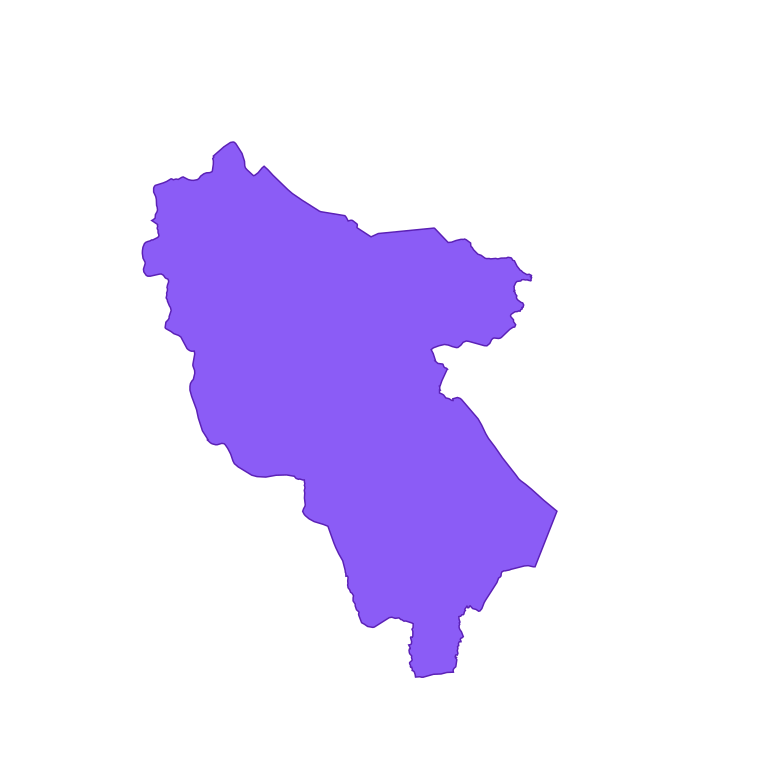 the district of Gnagna, Gnagna, Burkina Faso, rotated 331°
{"feature_id": "67063806B53557788130503", "entity_name": "Gnagna", "entity_type": "district", "adm_level": 2, "iso_a3": "BFA", "parent_name": "Burkina Faso", "parent_adm1": "Gnagna", "projection": "natural_earth1", "projection_center": [0.002, 12.916], "detail": "fine", "context": "isolated", "style": "filled", "palette": "violet", "viewbox_px": 768, "rotation_deg": 331, "n_neighbors": 0, "source": "geoboundaries", "source_scale": "gbopen_adm2", "svg_char_len": 6166}
<svg xmlns="http://www.w3.org/2000/svg" viewBox="0 0 768 768"><g transform="rotate(331 384 384)"><path d="M260.1,128.4L263.3,134.7L262.7,135.5L262.3,136.7L261.2,137.6L260.9,138.7L261.0,139.7L259.6,142.4L259.7,143.0L259.1,145.1L258.2,145.8L256.8,146.1L251.7,145.9L250.5,145.3L248.8,145.4L246.3,144.8L244.2,144.6L242.5,145.1L239.5,147.5L237.4,150.2L236.0,152.5L234.2,157.2L234.1,161.5L233.5,162.9L229.3,166.9L228.3,169.5L228.7,173.7L229.6,175.1L231.9,176.4L241.1,179.1L242.6,179.9L243.8,182.0L244.1,184.9L244.6,186.0L245.8,187.3L245.8,188.2L245.6,189.3L245.0,190.4L242.6,192.5L240.9,194.5L240.8,195.7L239.7,197.5L238.0,199.0L237.2,200.8L235.2,203.1L235.3,205.4L234.8,206.3L234.2,211.5L234.3,213.5L233.5,216.5L228.8,220.8L228.0,222.2L226.5,223.1L223.2,224.2L220.0,228.4L219.9,229.3L220.3,230.2L223.1,234.7L224.6,238.1L227.9,241.9L229.1,244.4L228.9,257.5L229.5,259.2L230.5,260.9L231.7,262.1L234.0,263.3L233.0,266.0L226.5,274.0L225.7,275.4L224.9,280.4L223.6,283.0L219.4,287.6L217.5,288.2L215.0,289.7L213.2,291.9L211.3,295.3L209.8,301.4L207.6,315.6L205.1,323.8L202.5,336.9L203.1,347.4L202.4,347.4L203.7,351.4L204.7,353.0L207.4,355.6L208.8,356.3L213.4,357.3L215.3,358.8L215.7,360.3L216.1,364.4L216.0,368.8L215.9,371.1L214.6,378.1L214.5,381.1L216.3,385.9L224.1,399.6L228.0,403.4L235.5,408.1L245.4,411.5L254.7,416.3L260.8,421.2L261.3,423.9L263.0,425.9L264.2,426.2L266.6,428.7L267.8,429.3L266.9,431.1L266.5,432.7L265.1,434.2L265.2,434.7L264.5,436.6L262.7,438.4L261.8,441.0L259.1,445.2L256.6,451.4L255.6,452.6L253.2,454.1L251.1,456.0L251.0,459.4L251.4,461.2L253.1,465.6L256.2,470.5L262.8,477.3L266.0,481.2L263.1,498.7L262.5,503.7L262.1,510.7L262.2,518.6L259.8,527.8L258.8,530.3L258.9,530.9L257.5,533.7L258.9,534.3L258.8,535.8L256.8,538.6L255.7,541.1L254.7,542.2L254.3,543.7L254.0,544.1L253.8,545.1L254.2,547.2L253.8,549.9L254.6,551.5L254.7,554.4L253.4,555.9L251.8,558.7L252.1,562.5L251.2,564.2L250.5,568.1L251.5,571.1L251.4,571.7L250.2,572.9L249.8,574.2L248.7,581.9L250.5,584.8L252.1,588.1L256.3,591.5L257.8,591.9L275.3,590.9L277.8,591.8L280.2,594.4L283.7,595.8L284.6,598.3L285.2,598.6L286.4,601.0L288.3,602.0L292.4,606.4L293.3,607.8L291.3,611.2L289.6,612.0L289.3,614.4L287.1,618.3L286.0,619.2L284.9,618.3L284.2,618.8L283.3,622.7L282.0,624.5L280.8,624.8L279.1,624.2L279.0,627.5L278.6,628.3L277.9,628.0L276.8,629.0L275.9,631.3L275.7,632.4L276.4,635.2L275.4,636.6L274.9,638.9L274.2,639.4L271.4,640.0L270.8,641.1L270.8,642.9L270.0,644.1L270.1,644.8L270.9,645.1L270.4,647.4L269.7,648.2L270.6,649.3L270.9,650.5L270.2,654.1L269.9,654.3L269.5,655.6L273.4,657.4L274.5,658.5L276.0,659.4L286.6,661.9L293.4,665.3L299.2,666.8L305.0,669.7L305.5,668.2L306.3,667.2L307.8,666.5L309.7,666.1L311.1,664.3L313.9,660.6L314.1,660.1L313.8,658.3L314.8,658.2L314.1,657.0L315.2,655.9L315.8,655.9L316.7,656.6L318.1,655.4L318.8,652.8L320.5,651.0L320.9,649.5L321.6,649.1L322.5,649.1L323.4,646.9L325.0,645.9L326.3,646.8L326.6,646.5L326.9,644.3L327.7,643.7L329.5,643.8L330.9,643.4L331.6,638.3L331.3,635.3L331.6,633.6L332.4,631.9L333.7,630.9L334.0,629.4L335.0,629.1L335.7,625.8L336.7,623.7L338.6,624.3L340.0,623.6L341.6,624.2L342.2,624.0L344.2,621.9L345.4,621.6L345.4,620.2L348.8,618.6L348.9,620.5L349.9,620.7L350.9,619.8L351.8,619.8L352.7,623.4L355.2,625.8L356.6,628.6L357.9,629.0L360.7,627.9L365.6,623.8L368.1,622.3L386.5,612.4L390.1,609.3L391.8,609.2L393.3,608.6L394.8,606.4L396.0,605.5L398.2,605.5L399.2,606.1L404.0,607.6L404.6,607.5L418.6,611.2L422.1,612.8L426.0,616.3L427.5,617.1L473.6,579.1L467.4,563.3L461.9,547.3L459.2,540.4L456.7,534.9L455.8,532.2L455.3,527.9L451.8,506.0L450.5,492.7L449.0,482.2L448.9,476.5L449.5,467.2L449.4,460.1L444.3,435.2L443.6,433.5L441.7,431.4L437.0,430.3L436.4,431.9L435.4,431.3L433.7,428.3L431.3,426.1L430.8,422.5L429.9,420.9L428.2,418.8L429.7,416.1L430.2,416.5L430.3,415.5L431.3,413.6L431.4,412.7L432.1,412.9L436.2,409.2L446.2,401.9L446.7,401.9L446.3,400.5L445.2,399.4L444.7,397.9L445.1,395.5L445.0,395.0L441.1,392.1L439.9,388.6L440.3,388.7L441.8,381.2L441.9,376.8L444.8,376.3L450.6,377.2L456.0,378.7L459.1,381.1L461.9,384.4L465.0,387.3L466.4,387.9L470.1,387.3L473.4,385.9L476.8,386.3L478.9,387.9L490.3,399.1L492.5,400.5L496.2,399.8L499.6,397.4L501.6,396.9L502.9,397.3L506.2,399.7L507.7,400.2L509.2,400.2L520.5,397.2L524.6,396.9L525.1,397.3L526.0,397.5L527.9,396.0L527.5,392.3L528.4,390.6L527.5,386.4L527.7,385.7L528.9,384.7L533.5,384.3L535.7,385.3L537.2,385.4L538.3,386.3L539.7,385.2L540.9,385.4L541.5,385.0L541.8,384.0L542.8,384.3L544.5,382.6L544.6,380.3L543.4,379.0L541.7,375.2L541.5,373.3L542.1,371.9L542.9,371.4L542.6,368.8L543.1,367.0L542.5,366.0L542.8,365.6L543.7,365.6L543.9,363.9L544.7,362.7L544.8,361.9L548.5,359.2L550.1,358.8L553.6,360.2L554.9,359.6L556.8,360.4L558.0,361.5L560.3,362.6L560.3,363.1L562.4,364.9L562.8,364.8L563.1,364.0L564.7,362.4L564.1,361.3L565.1,361.2L565.6,360.6L564.2,358.4L562.0,357.6L559.6,353.6L559.0,351.4L558.3,350.5L557.5,345.4L557.8,339.5L556.6,338.1L556.6,336.1L556.3,335.2L553.9,333.3L552.1,333.1L547.3,330.6L544.2,329.8L542.6,328.3L538.0,326.3L536.8,325.2L534.6,324.1L533.4,323.0L531.4,318.6L529.0,315.9L527.4,310.0L527.3,307.2L526.8,306.2L527.1,304.8L528.1,302.7L525.9,297.8L524.8,296.3L523.7,296.1L521.5,294.8L516.5,293.4L511.8,292.7L508.7,291.3L503.8,272.5L503.4,271.9L451.9,249.6L444.0,249.0L436.3,234.5L436.3,233.9L437.8,232.0L438.0,231.1L436.1,226.5L435.4,225.3L434.4,224.7L431.7,224.0L431.8,219.9L431.4,217.8L412.3,202.7L411.3,201.5L401.6,183.8L396.2,173.0L394.1,167.3L388.1,147.6L386.3,140.1L384.7,135.4L382.1,135.9L376.3,138.2L372.2,138.8L371.0,138.6L370.5,137.6L368.1,130.3L367.6,128.0L367.9,125.9L370.0,121.5L371.6,113.5L370.9,101.9L370.3,100.1L369.4,99.2L366.8,98.3L359.1,98.9L345.2,101.9L345.2,103.0L343.5,103.8L343.0,106.0L341.3,109.0L337.2,114.4L336.4,114.9L334.2,114.7L331.0,113.2L328.3,112.8L324.4,113.3L321.9,114.5L319.9,114.8L318.3,114.3L316.2,113.6L314.2,112.4L312.0,110.4L308.7,105.5L307.2,105.2L303.2,105.3L301.5,103.9L298.7,103.2L297.8,101.7L297.1,101.3L292.1,101.5L288.5,101.1L280.2,99.4L278.9,99.9L277.5,101.0L275.6,104.4L275.2,109.5L274.4,112.1L271.7,117.5L271.4,119.2L270.3,122.0L269.0,123.3L266.2,125.0L264.3,127.9L262.0,128.4L260.1,128.4Z" fill="#8b5cf6" stroke="#5b21b6" stroke-width="1.5"/></g></svg>